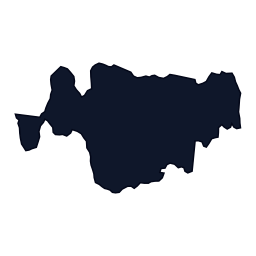 the district of Aratuípe, Bahia, Brazil
{"feature_id": "56859067B37330443565805", "entity_name": "Aratuípe", "entity_type": "district", "adm_level": 2, "iso_a3": "BRA", "parent_name": "Brazil", "parent_adm1": "Bahia", "projection": "equal_earth", "projection_center": [-39.08, -13.09], "detail": "fine", "context": "isolated", "style": "filled", "palette": "ink", "viewbox_px": 256, "rotation_deg": 0, "n_neighbors": 0, "source": "geoboundaries", "source_scale": "gbopen_adm2", "svg_char_len": 1977}
<svg xmlns="http://www.w3.org/2000/svg" viewBox="0 0 256 256"><path d="M152.0,75.7L149.4,77.1L145.9,76.1L141.1,77.4L137.2,77.8L133.5,76.1L130.8,72.2L113.9,65.0L111.4,66.9L108.4,66.6L105.5,65.2L102.7,64.1L99.0,63.2L95.2,65.0L92.6,67.1L90.7,70.8L90.9,76.9L91.4,82.9L91.7,88.7L87.5,90.7L84.5,95.5L81.5,97.0L79.7,93.5L76.3,89.7L73.8,85.8L74.5,81.1L73.8,76.5L70.6,72.5L67.4,68.9L64.3,67.7L60.8,66.7L51.2,76.0L50.7,79.6L51.1,84.2L52.2,90.1L50.7,94.4L50.3,98.6L47.9,103.1L45.9,108.0L44.8,111.7L41.6,113.9L39.8,117.3L15.4,114.2L16.5,117.9L19.1,120.1L18.0,123.3L19.5,127.7L19.8,133.0L20.4,138.0L21.6,144.0L24.0,147.7L25.8,150.6L29.1,150.0L31.8,148.7L36.3,147.3L38.1,141.7L39.6,136.8L38.9,131.4L40.5,125.8L43.4,122.4L44.9,119.2L47.5,120.6L49.8,123.7L52.8,127.4L53.2,132.3L55.4,134.5L59.5,134.8L62.6,134.4L66.7,136.0L70.6,133.0L72.2,129.6L77.4,131.3L81.3,133.7L83.9,137.9L86.5,141.2L86.9,147.9L89.7,152.3L90.7,156.8L90.5,161.1L91.1,165.0L92.6,169.4L93.9,173.8L94.2,177.6L95.5,182.5L99.3,184.4L102.0,186.6L104.6,188.4L107.5,189.1L110.1,190.1L112.4,192.3L115.5,192.8L119.2,192.3L122.2,189.1L127.5,186.3L131.2,186.2L134.2,188.3L137.2,186.0L140.3,182.7L144.5,183.2L148.4,183.2L150.9,181.7L154.9,181.1L158.9,181.0L162.3,177.8L164.0,173.1L159.8,172.4L161.0,168.5L165.0,168.1L166.9,164.6L170.1,163.1L174.6,164.2L178.3,167.7L181.4,166.8L183.9,167.7L185.0,171.3L187.8,172.9L192.1,171.2L195.1,140.9L198.3,140.7L202.0,141.8L203.7,146.1L206.3,147.1L208.9,143.4L211.7,138.7L215.3,137.6L218.0,137.1L218.4,132.7L218.5,127.6L221.9,124.6L224.0,126.9L227.2,129.0L230.5,127.2L231.8,123.6L233.9,127.1L236.7,128.6L240.5,127.8L239.9,123.2L239.7,118.3L238.5,111.9L238.9,107.8L239.5,99.1L240.6,93.2L238.8,89.7L237.2,85.6L235.5,81.9L234.3,77.2L232.0,73.2L226.0,73.5L221.9,71.6L220.1,74.7L216.5,74.3L211.8,72.9L208.9,76.9L206.3,81.5L202.9,83.3L198.3,84.8L195.8,83.2L194.9,79.6L174.6,75.3L169.9,74.5L167.3,76.6L163.6,78.4L158.7,77.5L154.7,75.3L152.0,75.7Z" fill="#0f172a" stroke="#020617" stroke-width="1.5"/></svg>